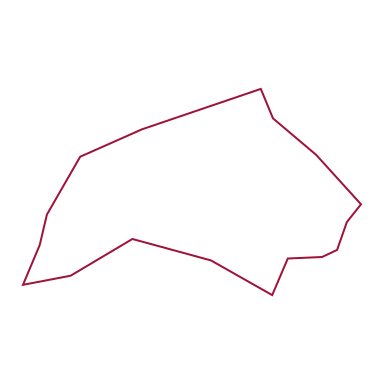 SVG path tracing the border of Oldham
{"feature_id": "GBR-5681", "entity_name": "Oldham", "entity_type": "Metropolitan Borough", "adm_level": 1, "iso_a3": "GBR", "parent_name": "United Kingdom", "parent_adm1": "", "projection": "natural_earth1", "projection_center": [-2.045, 53.542], "detail": "fine", "context": "isolated", "style": "outline", "palette": "rose", "viewbox_px": 384, "rotation_deg": 0, "n_neighbors": 0, "source": "natural_earth", "source_scale": "10m", "svg_char_len": 336}
<svg xmlns="http://www.w3.org/2000/svg" viewBox="0 0 384 384"><path d="M46.9,214.6L80.2,156.7L142.0,129.3L260.8,88.9L273.0,118.4L316.2,154.9L361.0,204.3L346.9,222.0L337.1,249.9L322.1,257.0L287.8,258.5L272.2,295.1L210.9,260.4L132.4,239.0L70.6,275.7L23.0,284.8L39.7,245.1L46.9,214.6Z" fill="none" stroke="#9f1239" stroke-width="2"/></svg>